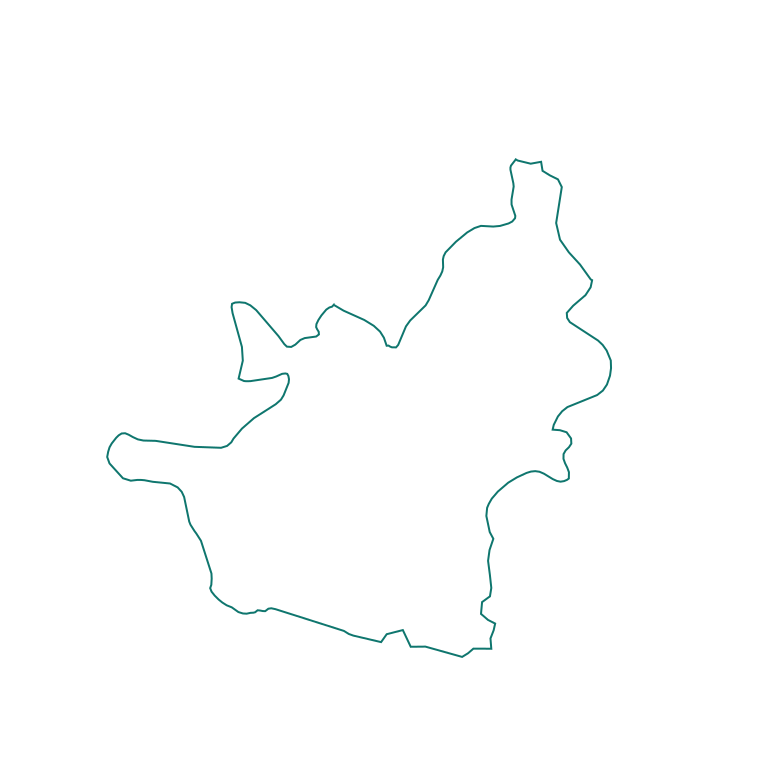 SVG path tracing the border of Thaba-Tseka, rotated 297°
{"feature_id": "LSO-1215", "entity_name": "Thaba-Tseka", "entity_type": "District", "adm_level": 1, "iso_a3": "LSO", "parent_name": "Lesotho", "parent_adm1": "", "projection": "natural_earth1", "projection_center": [28.641, -29.5], "detail": "fine", "context": "isolated", "style": "outline", "palette": "teal", "viewbox_px": 768, "rotation_deg": 297, "n_neighbors": 0, "source": "natural_earth", "source_scale": "10m", "svg_char_len": 3010}
<svg xmlns="http://www.w3.org/2000/svg" viewBox="0 0 768 768"><g transform="rotate(297 384 384)"><path d="M643.9,399.4L643.8,401.6L646.9,414.7L653.3,423.1L645.9,428.5L645.2,437.1L645.3,446.1L640.2,453.0L605.6,464.3L592.5,475.3L585.2,489.0L579.4,504.5L571.0,520.8L571.0,522.3L570.7,522.4L564.0,524.2L554.7,523.2L539.6,517.0L530.3,514.6L526.0,517.2L523.5,521.5L519.9,555.0L518.1,561.1L514.9,567.2L507.9,575.4L501.2,579.1L494.0,581.6L484.7,582.9L477.5,582.0L470.9,578.9L446.7,557.9L440.6,555.1L434.0,553.7L424.7,553.8L420.6,554.8L419.9,555.0L422.7,561.7L423.9,568.6L420.4,575.4L415.9,578.0L411.6,577.5L407.3,576.0L403.1,575.8L398.8,577.9L395.6,581.3L392.7,585.2L389.4,588.8L383.7,591.6L381.7,590.6L379.2,588.5L377.1,585.6L376.1,582.1L375.9,577.6L376.7,567.2L376.4,562.4L375.0,558.3L372.7,554.7L369.5,551.4L361.1,544.8L352.5,539.5L339.9,534.3L330.8,532.1L324.8,531.8L320.5,532.1L312.9,535.1L300.1,545.4L295.7,551.7L284.0,553.4L273.7,557.0L262.0,565.0L251.0,572.2L242.9,574.8L234.2,570.4L223.2,574.8L221.0,583.8L221.0,591.8L214.4,593.5L205.6,594.4L196.8,599.8L192.4,590.9L188.8,583.8L182.2,581.1L176.3,577.5L175.5,573.5L168.8,540.1L162.0,527.1L173.3,512.5L162.3,500.0L152.7,498.6L145.9,470.9L145.3,466.1L145.8,460.4L134.1,389.5L133.0,385.4L131.3,383.0L127.7,381.3L126.7,379.2L125.9,376.4L125.0,374.1L122.1,372.8L120.9,371.4L119.6,369.1L117.0,365.9L115.5,362.5L114.7,357.8L115.9,349.7L115.4,344.3L115.9,339.1L116.9,334.5L118.6,329.2L120.7,324.6L123.2,321.8L126.7,321.3L132.4,318.8L136.8,316.3L161.2,292.1L165.6,284.6L167.0,281.8L170.8,275.4L173.0,272.9L192.6,257.2L196.1,252.7L198.2,247.1L198.2,238.5L191.9,222.4L189.5,214.2L188.1,210.8L186.5,207.7L182.9,202.3L181.5,194.2L188.6,175.5L193.3,170.5L198.4,169.0L203.0,168.2L207.4,168.4L214.5,169.8L217.8,170.9L220.8,172.7L222.6,175.7L222.9,179.5L222.7,184.4L222.9,189.8L224.4,195.3L229.7,206.4L242.0,243.7L253.2,267.8L257.6,272.3L262.7,274.4L267.1,274.7L279.8,277.7L294.5,283.6L316.8,296.7L323.3,299.3L328.3,299.7L341.7,298.5L345.1,297.2L347.7,295.2L349.1,293.2L348.6,291.3L346.8,288.6L341.7,284.5L338.6,281.5L325.8,263.5L323.9,259.9L323.1,257.9L322.8,252.0L340.7,247.6L352.5,240.6L378.4,216.9L383.3,213.3L386.5,212.2L389.0,214.4L391.2,218.1L393.3,223.5L393.4,229.2L391.8,236.6L378.8,268.2L374.3,277.0L373.2,280.5L374.9,284.5L378.8,287.1L385.3,289.5L388.9,292.5L395.5,302.0L398.6,303.5L400.9,302.1L402.4,299.6L403.9,297.7L406.7,296.6L411.3,296.5L416.7,297.1L424.1,298.8L427.4,300.6L429.3,302.6L431.8,303.3L431.7,303.4L431.0,314.7L432.1,337.3L431.2,348.5L428.9,356.7L425.2,362.9L419.3,369.0L420.3,370.6L420.1,372.6L420.3,374.5L422.1,378.1L425.2,378.9L445.3,377.4L452.5,378.5L472.9,385.4L479.0,385.8L501.2,384.6L506.3,385.0L510.8,384.8L514.9,383.7L521.6,380.0L525.1,379.1L529.3,379.1L543.4,383.5L556.8,389.3L564.0,393.8L568.9,398.6L573.9,409.9L577.5,415.6L583.6,422.1L587.0,424.5L591.2,425.5L593.4,424.7L601.8,416.2L606.2,413.9L618.8,409.9L621.6,408.1L632.3,399.4L634.2,398.4L636.2,398.0L643.6,399.4L643.9,399.4Z" fill="none" stroke="#0f766e" stroke-width="2"/></g></svg>